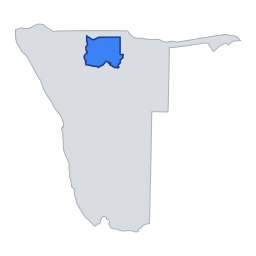 Oshikoto highlighted on a map of Namibia
{"feature_id": "NAM-3355", "entity_name": "Oshikoto", "entity_type": "Region", "adm_level": 1, "iso_a3": "NAM", "parent_name": "Namibia", "parent_adm1": "", "projection": "orthographic", "projection_center": [17.144, -18.609], "detail": "fine", "context": "in_parent", "style": "filled", "palette": "blue", "viewbox_px": 256, "rotation_deg": 0, "n_neighbors": 0, "source": "natural_earth", "source_scale": "10m", "svg_char_len": 4385}
<svg xmlns="http://www.w3.org/2000/svg" viewBox="0 0 256 256"><path d="M209.7,36.8L213.2,36.2L216.7,35.6L220.6,35.1L223.8,34.7L224.6,34.6L232.1,35.5L235.4,36.1L236.6,36.6L238.0,37.8L240.6,40.7L239.9,40.6L234.8,41.0L232.9,41.6L228.4,44.7L227.5,44.3L226.5,43.5L225.6,43.3L223.7,44.0L221.8,44.9L219.6,46.2L217.9,47.4L217.3,48.1L214.5,50.7L213.6,51.1L212.8,51.3L212.5,51.1L212.2,50.0L210.6,47.2L208.1,43.5L207.3,43.1L206.8,43.0L204.8,43.1L199.0,43.9L194.1,44.6L186.7,45.9L178.6,46.8L173.7,47.4L169.4,47.5L169.3,51.1L169.2,58.2L169.1,65.4L168.9,72.5L168.8,79.6L168.6,86.8L168.4,93.9L168.3,101.1L168.1,108.2L168.0,111.3L167.9,112.0L165.5,111.9L160.0,111.8L155.5,111.7L151.8,111.7L151.7,115.9L151.6,120.9L151.5,125.9L151.4,130.9L151.3,135.9L151.2,140.9L151.1,145.9L151.1,150.9L151.0,155.9L150.9,159.7L150.9,160.1L150.7,167.4L150.6,175.1L150.4,182.9L150.2,190.6L150.0,198.3L149.9,206.0L149.7,213.7L149.5,221.4L149.4,223.8L147.9,223.7L144.7,224.6L142.6,225.8L141.7,227.3L140.5,228.2L139.1,228.5L138.4,229.3L138.6,230.5L138.0,231.4L136.7,232.0L134.6,231.8L131.8,230.8L128.1,230.5L123.7,231.0L120.5,230.7L118.6,229.7L116.5,229.1L114.3,228.9L113.1,228.5L110.5,227.7L110.0,226.4L109.7,225.4L108.9,224.3L108.9,223.5L109.4,222.8L109.5,221.8L109.1,220.3L108.4,219.6L107.4,219.6L106.7,219.1L106.5,217.9L105.9,217.1L104.4,216.2L102.5,216.9L101.6,217.9L101.1,219.4L100.6,220.2L100.4,221.5L100.3,222.5L99.8,223.5L99.3,223.9L98.8,223.7L97.8,224.1L95.7,225.6L95.1,226.3L93.4,224.9L88.3,219.7L86.5,218.4L83.8,215.2L77.8,205.2L76.9,203.3L75.7,198.4L74.4,194.9L74.2,192.8L74.8,191.6L74.4,190.0L73.7,188.6L71.6,186.7L71.0,180.5L69.5,176.5L69.8,173.1L69.1,170.1L69.0,168.2L69.2,164.4L68.0,160.2L65.7,156.0L63.6,150.0L63.3,147.4L63.3,140.3L62.9,137.4L62.9,134.0L62.0,130.5L61.6,128.5L62.2,127.0L62.5,127.5L63.1,127.7L63.5,125.7L63.5,123.9L62.4,119.5L60.1,115.0L54.3,107.7L52.8,104.9L52.0,102.6L45.4,93.0L42.5,86.2L40.5,80.3L38.4,77.6L28.3,58.5L26.0,55.5L22.1,51.9L21.2,50.7L19.6,47.3L16.5,42.7L15.7,38.3L15.4,33.3L15.6,29.5L18.3,29.0L20.1,28.0L21.8,27.8L23.4,28.6L25.2,28.6L25.9,28.4L29.0,28.5L30.8,27.5L32.9,26.6L34.1,25.7L35.9,24.9L38.1,24.0L39.5,24.0L41.1,24.3L43.2,24.6L44.4,25.1L45.9,26.8L48.1,28.4L49.8,29.3L51.7,30.6L52.2,31.1L53.1,31.3L53.6,31.4L57.1,31.1L60.2,30.9L63.6,30.9L70.0,30.8L76.4,30.7L82.8,30.7L89.2,30.7L95.6,30.6L101.9,30.6L108.3,30.6L114.7,30.7L117.3,30.7L121.9,30.8L126.7,30.8L127.3,30.9L127.8,31.3L128.2,31.6L129.9,33.9L132.0,36.2L133.8,37.3L136.0,38.0L138.0,38.3L139.9,38.1L143.0,38.5L147.4,39.3L151.9,39.6L156.6,39.3L159.9,39.8L161.8,41.0L163.7,41.8L165.7,42.2L168.4,42.0L171.9,41.2L174.8,41.4L176.1,42.1L176.9,42.1L181.9,41.3L186.0,40.7L192.0,39.7L197.0,38.9L204.4,37.6L209.7,36.8Z" fill="#d9dde1" stroke="#a8b0b8" stroke-width="1"/><path d="M98.5,67.4L98.3,67.2L97.3,66.7L96.3,66.4L95.3,66.4L92.2,66.0L90.0,65.3L89.1,65.2L87.9,64.9L85.9,64.7L85.9,64.2L85.8,63.8L85.6,62.6L85.5,62.1L85.8,61.9L86.1,61.7L86.2,61.2L85.7,60.8L85.4,60.5L85.2,60.0L84.9,59.5L84.4,58.3L84.3,57.8L84.2,57.6L84.2,56.5L84.3,56.0L84.5,55.4L85.1,54.6L85.9,53.8L86.4,53.2L86.7,53.0L87.1,53.0L87.4,52.8L87.3,52.3L86.6,51.4L86.3,50.5L86.1,50.1L85.9,49.7L86.0,48.4L85.9,47.6L85.8,46.8L86.0,46.5L86.3,46.4L87.1,45.3L87.3,44.8L87.4,43.8L87.3,42.4L87.2,42.0L87.0,41.8L86.7,41.7L86.7,36.0L91.9,39.3L93.2,39.8L99.2,37.2L120.1,37.2L120.1,54.4L123.2,54.6L122.9,56.2L122.8,58.0L122.6,58.2L122.1,58.4L121.8,58.6L121.4,59.1L121.1,59.3L120.8,59.4L120.6,59.4L120.4,59.4L120.3,59.5L120.4,60.9L120.4,61.1L120.4,61.3L120.3,61.5L120.2,61.7L120.2,61.9L120.2,62.5L120.1,63.0L120.0,63.4L119.9,63.5L119.5,63.6L119.3,63.7L119.2,63.8L119.1,64.1L119.0,64.3L118.4,64.6L118.3,64.9L118.2,65.0L118.1,65.5L118.1,65.9L118.3,66.2L118.8,66.9L118.9,67.1L118.8,67.3L118.6,67.4L117.9,67.9L117.7,68.0L117.4,67.8L117.3,67.5L117.2,67.4L116.9,67.3L116.5,67.3L116.0,67.6L115.8,67.6L114.7,67.6L114.0,67.0L113.7,66.8L113.4,66.7L113.0,66.7L112.8,66.7L112.6,66.6L112.3,66.3L112.2,66.2L112.1,65.9L112.0,65.7L111.4,65.4L111.2,65.3L110.6,65.3L110.4,65.3L110.2,65.2L110.0,64.8L110.0,64.1L110.1,63.9L110.4,63.9L110.5,63.8L110.5,63.7L110.5,63.0L110.4,62.9L110.0,62.9L109.5,63.0L109.4,63.3L109.4,63.6L109.1,63.6L108.9,63.6L108.8,63.4L108.9,62.9L108.9,62.6L108.7,62.3L108.4,62.1L108.2,62.0L107.6,62.0L107.4,61.9L107.2,61.8L107.1,61.6L106.9,61.5L106.7,61.4L105.5,61.7L104.8,62.8L103.2,64.8L98.7,67.1L98.5,67.4Z" fill="#3b82f6" stroke="#1e3a8a" stroke-width="1.5"/></svg>